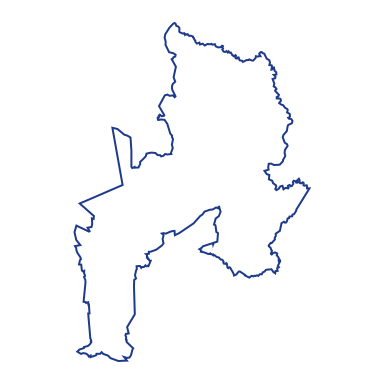 the district of Actopan, Hidalgo, Mexico
{"feature_id": "50627088B28415478527281", "entity_name": "Actopan", "entity_type": "district", "adm_level": 2, "iso_a3": "MEX", "parent_name": "Mexico", "parent_adm1": "Hidalgo", "projection": "natural_earth1", "projection_center": [-98.884, 20.309], "detail": "fine", "context": "isolated", "style": "outline", "palette": "blue", "viewbox_px": 384, "rotation_deg": 0, "n_neighbors": 0, "source": "geoboundaries", "source_scale": "gbopen_adm2", "svg_char_len": 5939}
<svg xmlns="http://www.w3.org/2000/svg" viewBox="0 0 384 384"><path d="M273.7,86.4L274.3,83.6L272.6,79.0L275.2,78.2L275.4,76.4L273.8,74.9L276.4,74.4L276.2,72.2L274.5,70.6L274.0,67.5L273.2,67.6L272.3,69.3L271.5,69.6L272.0,66.1L271.6,65.3L269.4,65.1L270.0,62.6L269.3,60.2L266.7,58.7L264.3,53.7L262.6,53.1L261.8,52.1L260.5,52.2L259.2,53.7L260.4,56.2L259.0,56.1L258.2,56.6L255.9,56.2L255.6,58.0L253.3,60.5L251.8,60.5L249.3,59.4L248.6,60.0L246.5,60.1L242.9,61.9L242.2,60.8L239.6,60.3L238.6,57.4L237.9,57.4L237.0,58.6L235.8,58.3L235.4,57.5L236.0,55.8L235.6,55.2L234.3,56.4L233.5,56.2L233.4,55.5L232.3,55.1L230.9,52.6L230.0,52.8L228.6,51.4L227.8,52.5L226.6,51.1L225.2,52.0L223.4,51.5L222.3,49.4L223.0,48.6L222.4,47.3L223.0,46.2L222.5,45.8L221.9,45.8L220.8,47.2L218.2,47.4L215.7,46.3L214.9,44.2L212.4,44.7L211.4,43.8L210.1,44.3L207.3,44.0L204.8,45.5L202.7,43.7L200.0,44.5L199.4,42.6L197.0,43.6L195.4,41.9L195.3,40.6L194.3,39.6L193.8,37.9L193.0,37.4L193.0,36.6L190.9,35.7L189.2,35.9L187.7,34.2L186.9,34.7L185.8,34.1L185.0,34.9L184.1,33.2L183.1,33.6L179.8,32.3L179.3,31.7L179.4,27.9L178.0,26.4L176.3,25.8L175.6,23.8L174.7,23.0L173.3,23.6L169.5,27.6L165.3,34.2L164.6,37.6L165.7,41.7L165.5,44.8L169.1,52.2L173.2,53.2L175.6,54.7L175.3,56.5L173.3,57.4L172.8,58.7L171.7,59.2L175.9,66.7L173.6,77.3L175.2,81.6L172.7,84.1L172.0,86.2L172.1,89.4L175.5,96.3L174.6,97.2L173.0,95.4L169.7,95.8L167.2,94.6L164.8,95.4L159.0,106.1L164.3,115.2L163.9,115.8L161.8,116.2L160.0,114.8L159.7,115.6L159.1,115.5L159.1,116.5L158.5,116.5L158.6,117.4L157.7,117.9L158.1,118.8L157.4,118.4L158.3,119.8L157.2,120.1L160.8,119.5L164.5,119.8L167.3,123.9L170.3,133.7L172.1,135.7L171.9,136.9L173.0,139.0L171.9,144.8L172.8,148.0L170.9,153.1L171.3,154.0L167.1,154.5L165.1,154.0L163.4,155.8L161.1,156.4L160.2,155.2L157.7,155.1L155.4,153.0L151.3,152.6L146.5,153.6L145.9,155.9L145.0,157.2L140.1,162.0L140.2,163.9L138.5,167.5L134.5,167.7L134.5,167.0L132.2,168.0L131.4,166.7L131.4,150.7L130.5,137.5L127.3,135.6L124.3,134.7L117.5,129.0L112.4,127.8L122.6,185.0L79.7,203.5L93.9,216.0L93.6,219.0L91.9,218.4L92.2,224.0L91.5,227.0L87.6,227.7L89.6,231.2L89.0,231.6L76.4,225.6L74.5,232.2L76.2,239.8L80.3,245.1L75.0,246.1L76.2,248.0L76.4,250.1L77.4,252.8L80.2,257.0L81.0,259.1L80.0,260.1L79.0,264.5L81.2,264.6L81.9,270.5L82.9,271.4L84.2,270.8L84.1,273.2L85.1,275.9L84.0,277.0L85.3,279.8L85.5,282.3L83.6,301.8L86.3,302.3L86.3,302.9L88.2,302.3L88.4,304.7L88.9,304.6L89.5,313.4L88.2,313.5L90.3,338.3L91.3,340.9L90.8,341.5L91.3,342.2L89.6,344.6L87.8,346.0L83.9,347.1L83.9,348.1L79.5,349.5L77.3,351.6L81.0,353.9L83.1,353.1L86.0,353.6L87.9,355.0L88.9,356.6L90.6,355.5L90.7,357.1L96.2,355.2L96.5,353.8L100.2,353.8L101.6,352.2L103.2,353.9L108.2,355.7L110.4,358.1L118.4,361.0L126.9,360.6L124.1,357.0L127.0,357.9L129.5,357.5L131.0,355.2L132.4,349.7L133.2,348.3L126.8,342.2L126.4,341.1L126.7,340.0L125.9,339.5L126.2,337.2L125.4,335.4L125.9,333.9L127.5,333.9L127.6,334.4L127.7,333.5L128.7,333.4L127.1,327.1L134.8,314.3L134.0,286.6L134.2,279.9L136.0,278.5L135.0,275.4L136.1,270.3L136.8,269.4L136.6,266.2L140.0,266.0L141.2,267.8L141.7,267.0L143.8,267.1L145.4,265.4L145.8,266.1L146.9,266.3L148.0,265.6L148.5,266.0L150.7,260.7L149.4,260.6L148.8,259.2L148.0,259.0L147.7,257.5L146.9,257.6L147.0,254.9L146.1,254.1L148.9,253.7L148.8,251.8L150.7,251.7L156.2,249.7L161.8,245.6L163.5,243.4L162.6,239.0L163.5,235.8L163.2,234.7L161.9,233.5L163.6,233.1L165.6,233.7L171.3,231.3L174.5,230.9L174.9,235.2L179.2,233.1L193.7,223.3L200.2,216.0L202.4,214.6L204.5,211.6L210.4,209.6L212.5,209.6L216.0,207.5L218.7,208.5L218.6,206.8L219.1,206.7L220.6,211.7L218.8,216.2L215.7,218.5L214.0,224.6L215.3,225.1L215.6,226.0L216.3,231.9L218.0,233.1L217.3,241.6L213.7,242.8L213.1,244.5L212.8,243.1L202.9,246.3L201.8,247.7L199.4,249.2L201.3,250.4L200.9,251.7L204.6,252.5L208.0,253.9L209.2,254.0L210.3,253.4L210.7,254.1L211.8,254.2L212.9,255.1L213.2,254.7L213.7,255.5L214.7,255.2L216.5,256.9L218.7,257.4L220.5,259.4L222.4,259.8L223.6,261.7L223.3,262.3L223.8,263.6L225.9,263.9L226.3,263.2L226.8,263.6L227.5,267.6L228.3,268.2L229.3,267.3L230.1,267.5L233.5,273.5L234.0,275.5L236.2,274.6L238.7,271.6L239.9,271.5L245.2,275.0L245.0,275.5L249.3,277.6L251.6,275.8L253.3,276.4L254.3,275.7L255.6,276.0L257.0,275.3L258.3,275.9L259.8,274.2L261.8,274.3L262.7,272.4L264.5,271.6L265.8,270.0L267.3,269.6L271.5,269.3L273.5,272.2L275.2,273.3L275.5,271.1L277.6,270.9L277.1,268.3L278.9,267.2L277.8,266.0L280.2,261.2L280.0,260.4L278.8,261.1L278.6,259.6L279.0,258.7L278.0,256.6L276.7,255.4L277.2,253.5L275.0,252.4L273.0,253.2L271.7,254.5L271.2,254.2L270.9,253.6L272.0,250.8L271.1,249.5L270.7,248.0L268.8,246.2L268.7,245.5L270.7,242.9L271.6,243.1L274.9,239.5L274.7,238.0L275.8,235.9L275.7,233.7L279.9,230.8L281.5,223.2L284.0,221.7L284.9,222.6L285.9,222.6L287.0,221.2L287.6,218.5L289.1,218.1L289.4,216.6L292.2,216.3L292.5,214.6L294.0,214.2L296.2,210.8L296.2,209.8L309.5,188.3L307.0,188.3L307.1,186.4L306.7,185.3L304.4,185.7L303.5,185.3L303.7,183.1L302.8,182.3L301.1,183.4L299.8,182.9L299.5,179.8L298.9,178.7L297.0,180.6L297.1,181.4L298.0,182.3L297.6,182.6L296.2,182.6L294.9,180.9L293.6,180.8L292.9,182.1L293.3,183.8L291.8,186.1L290.6,186.2L289.7,185.0L288.3,185.5L287.8,186.2L288.6,187.7L288.2,188.4L285.5,187.9L283.5,189.3L282.5,185.8L280.3,186.4L278.6,188.9L276.3,190.1L275.3,189.0L276.3,186.4L275.9,185.3L273.0,183.1L272.3,180.8L268.9,179.3L269.3,174.9L266.8,174.2L264.5,170.9L268.6,169.6L268.2,167.3L268.7,163.8L271.1,163.6L274.0,165.0L279.7,164.7L282.9,161.3L283.0,160.0L285.3,156.0L284.6,152.9L284.9,150.0L287.6,145.9L287.1,144.3L284.7,142.6L282.7,137.2L283.5,134.9L286.8,131.1L287.7,125.9L288.3,124.9L291.8,123.3L292.5,121.0L291.3,119.1L288.8,118.6L288.2,117.7L289.3,117.4L290.0,116.4L289.7,113.9L287.1,112.4L287.7,110.0L287.4,109.2L284.9,107.6L283.2,105.2L281.0,104.5L279.1,103.0L280.9,100.9L280.6,99.1L279.9,98.6L276.7,98.4L276.7,97.1L278.4,96.2L278.9,94.8L275.3,91.1L275.2,90.3L276.5,89.0L275.3,87.3L273.7,86.4Z" fill="none" stroke="#1e3a8a" stroke-width="2"/></svg>